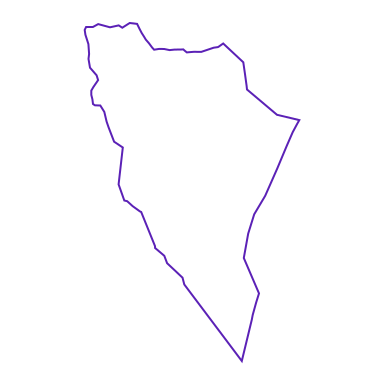 outline of Orelope, Oyo, Nigeria
{"feature_id": "59680162B54897023187709", "entity_name": "Orelope", "entity_type": "district", "adm_level": 2, "iso_a3": "NGA", "parent_name": "Nigeria", "parent_adm1": "Oyo", "projection": "equal_earth", "projection_center": [3.737, 8.78], "detail": "fine", "context": "isolated", "style": "outline", "palette": "violet", "viewbox_px": 384, "rotation_deg": 0, "n_neighbors": 0, "source": "geoboundaries", "source_scale": "gbopen_adm2", "svg_char_len": 1070}
<svg xmlns="http://www.w3.org/2000/svg" viewBox="0 0 384 384"><path d="M88.5,58.9L90.0,67.7L96.6,75.3L98.1,80.1L93.4,87.0L91.3,90.6L91.3,94.9L92.4,99.3L93.0,104.0L94.9,105.3L100.3,105.5L102.5,109.0L104.3,111.9L106.6,121.6L108.6,127.4L114.1,141.7L122.8,147.5L118.6,184.4L124.3,200.5L127.2,201.2L132.7,206.2L139.9,211.4L141.2,212.0L155.0,246.1L155.1,248.0L164.3,255.8L167.1,263.2L181.9,277.1L182.5,277.6L184.3,284.5L241.8,361.0L251.8,319.7L252.7,315.0L256.1,302.7L259.0,293.4L243.8,258.0L248.2,233.6L254.2,214.3L265.2,195.8L277.3,168.4L286.6,146.2L292.7,132.2L297.1,124.0L299.3,120.1L277.0,114.8L247.0,89.5L246.6,85.8L245.0,74.1L243.3,62.3L223.2,43.5L218.5,46.8L217.9,47.1L213.7,47.7L201.2,51.9L194.0,51.8L190.2,52.1L186.8,52.4L184.5,50.5L183.3,49.4L181.4,49.5L174.5,49.6L169.6,50.1L164.2,49.0L159.2,48.9L154.1,49.7L152.1,47.5L149.0,43.3L145.8,39.6L144.0,36.6L141.7,33.0L139.6,29.0L137.1,23.9L129.7,23.0L122.3,27.7L118.7,25.4L110.0,27.3L98.2,24.1L92.9,27.0L86.1,27.0L84.7,29.9L85.4,34.7L88.4,44.1L89.1,54.0L88.5,58.9Z" fill="none" stroke="#5b21b6" stroke-width="2"/></svg>